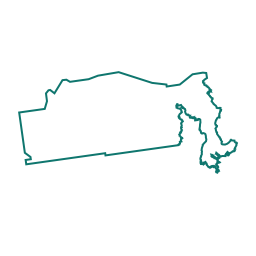 72, Ar Rayyān, Qatar (Mercator projection), rotated 172°
{"feature_id": "91078587B78903366981324", "entity_name": "72", "entity_type": "district", "adm_level": 2, "iso_a3": "QAT", "parent_name": "Qatar", "parent_adm1": "Ar Rayyān", "projection": "mercator", "projection_center": [50.849, 25.539], "detail": "fine", "context": "isolated", "style": "outline", "palette": "teal", "viewbox_px": 256, "rotation_deg": 172, "n_neighbors": 0, "source": "geoboundaries", "source_scale": "gbopen_adm2", "svg_char_len": 5446}
<svg xmlns="http://www.w3.org/2000/svg" viewBox="0 0 256 256"><g transform="rotate(172 128 128)"><path d="M233.8,106.2L154.1,106.2L154.1,104.0L80.8,104.0L80.8,104.3L80.3,104.6L80.3,104.3L79.5,104.4L79.4,104.9L78.7,105.3L78.6,107.1L77.6,107.4L77.6,107.1L77.0,107.2L77.2,107.9L77.5,107.9L77.1,109.5L75.6,110.3L75.7,110.7L76.6,110.8L76.7,111.3L77.0,111.3L77.2,112.2L77.7,113.1L78.0,113.2L77.9,114.0L78.1,114.5L77.4,114.9L77.0,115.4L77.1,115.9L76.3,116.1L76.5,116.7L75.8,117.0L75.5,117.2L75.5,118.2L74.9,118.5L75.1,119.1L75.3,119.1L75.5,120.5L75.3,121.4L74.7,121.4L74.8,122.2L74.4,123.1L74.8,125.1L74.4,125.8L74.1,125.8L73.8,126.4L72.8,126.9L73.1,127.9L73.5,128.2L73.6,128.7L74.1,128.8L74.3,129.2L74.8,129.3L75.8,130.4L76.2,131.0L76.3,132.0L76.1,132.0L76.1,132.3L75.7,132.2L75.9,132.7L75.4,133.9L74.8,134.6L73.0,135.7L72.9,136.5L72.5,136.5L72.9,138.5L74.1,140.0L75.8,140.5L77.1,141.4L77.0,141.6L76.7,141.6L77.1,142.4L77.1,143.3L76.1,144.8L75.6,144.7L75.3,143.1L72.3,143.4L72.0,142.5L71.1,141.4L71.8,141.3L72.3,140.8L71.8,140.8L71.0,140.3L71.0,140.1L70.3,139.9L69.7,139.6L69.5,139.1L68.9,138.8L68.7,137.4L69.2,136.3L68.9,134.5L68.2,133.1L67.2,132.9L66.8,132.3L66.6,132.3L66.4,132.7L66.1,132.4L66.1,132.2L65.3,131.8L65.2,131.4L64.9,131.4L65.4,130.5L65.2,129.6L63.6,129.2L62.9,129.4L62.9,129.6L62.5,129.4L62.4,128.8L61.9,128.8L61.6,129.5L61.4,129.4L61.2,128.8L60.8,129.1L60.8,128.7L60.1,128.5L60.0,127.7L59.6,127.7L59.8,126.7L60.5,126.5L60.5,126.2L57.7,126.2L57.4,127.1L57.1,127.2L55.9,126.9L55.3,126.2L55.5,123.4L56.1,121.8L56.6,119.4L57.4,116.9L57.0,116.6L57.3,116.0L56.5,115.2L56.6,114.7L56.3,114.3L56.4,113.1L55.9,112.4L55.4,112.2L55.1,112.5L53.9,112.4L52.7,111.7L52.2,111.1L52.0,109.2L52.2,107.8L52.0,105.8L52.6,104.0L55.6,101.7L56.1,100.9L56.4,100.8L56.4,100.3L57.6,97.9L58.3,95.5L58.0,94.9L58.1,94.0L58.4,93.4L58.5,92.0L58.6,91.5L59.7,90.0L59.6,89.4L60.3,88.5L60.7,87.2L60.2,86.5L60.2,85.6L60.7,85.3L60.8,84.7L60.5,84.9L60.2,84.6L60.2,84.1L60.8,82.9L60.8,82.2L58.9,81.8L58.0,81.8L58.0,81.6L57.8,81.7L57.7,82.5L58.1,83.2L57.2,83.2L56.4,83.5L56.4,83.2L56.0,83.1L56.1,82.8L55.7,82.7L55.6,81.9L55.1,81.8L55.0,81.2L55.3,80.9L55.1,80.3L54.3,79.4L54.2,78.7L53.1,77.7L52.7,77.6L52.5,78.0L51.9,78.1L51.9,77.3L51.6,77.4L51.1,77.6L50.9,78.2L50.6,78.2L50.6,78.6L49.9,78.7L48.8,78.6L49.1,78.1L48.7,78.2L48.5,77.4L47.8,77.6L47.8,77.9L47.4,77.7L47.4,78.0L47.2,77.9L46.8,77.6L47.0,77.2L46.9,76.2L45.7,74.3L45.9,73.4L46.1,73.3L46.1,72.7L46.6,72.8L46.6,73.1L46.8,72.9L46.7,72.7L46.0,72.5L46.1,72.0L46.4,71.7L45.8,71.4L45.5,72.1L44.5,72.4L44.6,73.3L44.4,73.6L44.1,73.5L44.3,74.2L44.8,74.5L45.4,75.8L44.1,76.7L44.2,77.4L44.7,77.7L44.8,78.3L45.5,78.6L45.7,79.5L45.2,79.4L45.2,79.8L44.7,80.7L44.4,80.6L43.9,81.0L43.0,80.9L41.9,81.2L42.1,81.5L42.7,81.6L43.0,82.1L43.6,82.1L43.8,82.6L44.0,82.6L43.6,83.6L43.9,84.2L44.3,84.3L45.3,85.5L46.2,85.9L46.2,86.2L46.6,86.2L46.6,86.4L48.5,87.6L48.3,87.8L49.0,88.3L48.5,88.7L49.0,88.7L49.2,90.0L48.7,89.8L48.7,89.5L48.3,89.6L47.8,89.2L47.6,88.5L47.3,88.5L47.4,88.1L46.7,87.3L46.4,87.3L46.3,86.9L46.1,86.9L46.1,86.7L45.7,86.8L44.9,86.0L44.1,85.7L43.0,86.1L42.5,86.1L42.4,85.7L42.1,85.8L42.1,85.5L41.4,85.9L41.7,87.1L42.0,87.1L42.4,88.1L42.9,88.2L43.6,89.4L44.5,90.2L44.0,91.2L43.4,90.5L43.2,89.9L42.9,89.9L42.5,89.1L41.9,89.0L41.5,88.6L40.9,87.4L39.4,86.9L38.7,87.2L35.3,86.6L35.1,87.2L35.3,87.6L35.2,88.0L34.9,88.1L34.5,88.9L33.8,89.2L33.4,89.9L32.8,90.4L32.4,89.8L31.8,89.4L32.0,88.9L32.5,88.9L33.0,88.2L32.8,87.8L32.4,87.7L33.1,87.6L33.2,87.4L32.9,87.0L32.3,86.9L32.1,87.1L32.4,87.6L31.9,87.9L32.1,88.6L31.8,89.1L31.5,88.7L31.5,88.3L31.9,88.4L31.6,88.3L30.8,88.8L28.5,89.7L27.6,90.4L26.6,90.3L26.4,90.1L25.7,90.4L25.7,90.6L25.4,90.8L25.7,91.4L25.4,91.6L25.3,92.3L25.0,92.4L25.3,92.7L25.2,92.9L23.1,95.7L22.9,96.1L23.0,96.6L22.2,97.9L22.6,98.5L23.5,98.5L24.3,99.5L24.3,100.7L26.8,101.2L28.2,102.6L27.9,101.9L28.2,101.2L30.1,99.6L31.9,98.6L34.1,98.1L36.3,98.5L37.2,98.9L37.5,99.4L37.5,100.2L36.8,101.4L37.7,103.0L37.5,103.8L38.1,104.2L38.1,105.1L38.5,105.5L38.4,106.1L39.2,106.7L39.5,107.8L39.8,108.1L40.7,109.9L40.4,110.9L40.5,111.4L41.0,111.6L41.3,113.6L41.2,114.3L41.5,115.3L39.7,117.1L39.6,117.6L40.2,117.8L40.3,118.8L40.9,119.1L41.0,120.6L39.8,123.5L39.1,124.0L38.6,125.1L37.6,125.7L36.6,126.1L36.3,125.9L36.3,126.1L35.8,126.2L36.0,126.9L35.7,127.1L35.6,126.9L35.7,127.4L36.0,127.4L36.0,127.8L35.6,128.9L35.5,129.6L35.0,130.1L34.7,131.1L34.0,131.9L34.2,132.2L34.0,132.9L33.5,133.1L33.3,132.9L33.2,133.2L33.9,134.0L33.9,134.7L33.7,135.0L34.1,135.2L36.0,135.1L37.4,135.6L37.4,136.6L37.9,137.8L39.9,139.8L39.8,140.1L40.9,141.7L41.0,142.2L41.5,142.7L40.9,144.2L40.1,145.0L40.1,145.7L41.4,146.4L41.6,147.2L42.4,147.8L42.4,148.5L42.9,148.9L43.7,150.3L44.6,151.3L44.4,151.9L43.5,152.6L43.0,152.2L43.0,152.5L42.5,152.5L42.5,152.2L42.3,152.7L42.0,152.6L41.9,153.2L42.1,153.5L41.9,153.7L40.8,152.9L41.0,154.1L40.7,154.2L41.3,154.9L42.0,155.3L41.9,155.8L42.1,156.2L42.7,157.1L42.9,157.1L42.7,156.8L43.6,157.7L43.6,158.2L44.4,158.4L44.5,159.3L45.7,159.6L46.5,160.2L46.5,160.8L46.1,161.6L47.0,162.1L47.3,163.0L46.7,163.9L46.8,164.1L47.5,163.5L46.9,164.6L47.0,164.1L45.4,165.3L42.8,166.5L42.9,171.6L46.2,172.4L56.6,172.2L70.7,163.8L83.9,163.7L83.9,165.7L97.8,169.3L129.5,184.6L150.4,184.0L160.2,181.8L179.0,181.8L182.3,184.4L186.2,184.5L196.0,172.6L199.8,176.5L201.5,176.4L204.4,173.7L204.5,165.8L207.8,158.5L233.6,158.5L233.6,117.8L228.6,112.9L228.6,110.6L233.8,110.6L233.8,106.2Z" fill="none" stroke="#0f766e" stroke-width="2"/></g></svg>